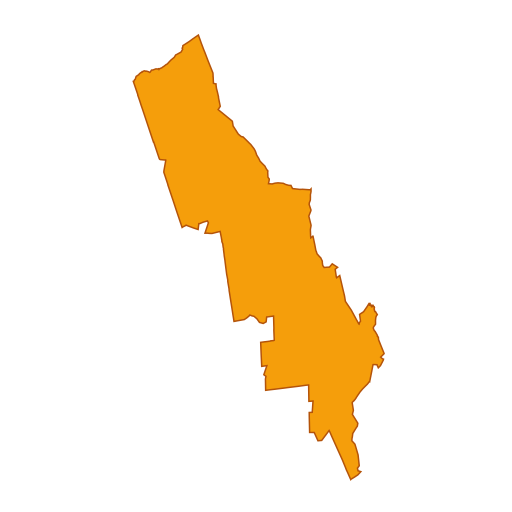 outline of Leimaņu pag., Jekabpils, Latvia, rotated 274°
{"feature_id": "27541924B9576970308212", "entity_name": "Leimaņu pag.", "entity_type": "district", "adm_level": 2, "iso_a3": "LVA", "parent_name": "Latvia", "parent_adm1": "Jekabpils", "projection": "natural_earth1", "projection_center": [25.895, 56.3], "detail": "fine", "context": "isolated", "style": "filled", "palette": "amber", "viewbox_px": 512, "rotation_deg": 274, "n_neighbors": 0, "source": "geoboundaries", "source_scale": "gbopen_adm2", "svg_char_len": 5727}
<svg xmlns="http://www.w3.org/2000/svg" viewBox="0 0 512 512"><g transform="rotate(274 256 256)"><path d="M472.4,183.1L468.2,177.8L467.5,177.0L465.2,174.3L460.8,168.4L460.7,168.4L459.1,168.3L458.5,168.2L458.4,168.0L458.2,167.8L457.1,168.4L454.2,167.0L450.9,161.8L448.5,160.6L445.9,157.8L443.8,156.0L441.5,154.2L440.8,153.3L440.8,153.1L438.8,150.9L438.0,149.8L437.0,148.7L436.6,147.6L436.1,146.9L435.9,146.4L435.5,146.2L436.1,145.9L436.0,145.4L435.7,145.0L435.6,144.6L435.7,143.7L435.7,143.1L434.3,140.0L434.2,138.8L432.2,137.7L431.7,137.2L432.3,136.0L432.8,133.9L432.6,132.9L432.9,132.4L432.9,131.5L432.1,130.2L432.0,129.5L431.3,129.4L430.9,128.3L429.6,126.9L428.8,126.5L426.8,123.9L423.9,123.2L423.2,122.5L422.0,122.1L421.7,121.4L409.3,126.6L408.8,126.8L408.3,126.8L402.4,129.3L398.6,130.8L393.9,132.8L362.6,145.7L362.7,145.9L362.3,146.0L361.6,146.4L346.6,152.6L346.1,152.9L345.8,153.1L345.6,153.5L345.5,153.8L345.4,158.0L345.4,158.6L345.5,159.2L345.0,159.3L334.6,158.2L334.2,158.2L333.4,158.2L332.8,158.3L331.9,158.7L321.4,163.0L321.2,163.1L320.8,163.1L305.2,169.6L295.6,173.5L279.3,180.3L280.1,181.3L281.6,183.9L281.9,184.1L281.6,185.0L281.2,186.3L279.5,192.1L278.4,196.4L284.3,196.7L284.4,197.7L286.0,200.8L287.6,205.1L285.8,206.2L275.2,203.5L275.4,205.9L275.3,207.7L275.4,210.5L278.0,218.5L271.4,220.3L270.6,220.4L270.3,220.6L269.2,220.8L268.8,220.9L268.4,220.9L267.9,221.0L267.0,221.4L265.8,222.0L262.6,222.6L261.5,223.0L260.3,223.1L257.2,223.7L255.2,224.1L253.9,224.3L252.2,224.7L249.1,225.4L248.4,225.5L242.8,226.6L235.8,228.0L230.1,229.5L228.8,229.6L227.0,230.0L221.3,231.4L219.7,231.6L207.9,234.3L202.4,235.6L195.3,237.2L191.9,238.0L189.2,238.6L189.9,241.3L190.3,242.9L191.8,248.8L193.6,251.1L195.6,253.2L196.7,254.0L196.0,256.1L195.7,258.2L193.4,261.3L190.0,264.1L189.2,267.9L191.0,270.7L195.9,270.9L197.3,277.7L185.3,278.9L183.0,279.0L173.2,280.1L173.1,279.9L172.9,279.6L172.4,276.8L172.4,276.6L172.3,276.4L172.1,276.1L171.5,273.3L170.9,270.1L170.2,266.7L158.3,268.0L146.3,269.4L147.4,274.5L138.1,272.1L136.7,274.3L133.9,274.0L122.7,275.0L123.4,278.5L124.3,283.4L126.5,294.6L126.9,296.5L128.1,302.7L129.0,307.4L130.6,315.0L131.0,317.5L114.7,318.9L115.3,323.0L108.6,323.0L106.1,323.0L104.0,323.0L103.6,320.0L98.8,320.4L83.7,321.8L84.0,326.4L76.0,330.7L76.6,334.4L76.9,334.6L87.0,341.1L85.5,342.0L81.3,344.2L74.2,348.0L68.6,351.0L58.4,356.5L52.5,359.4L52.1,359.6L51.3,360.0L48.9,361.1L46.6,362.4L39.6,366.1L39.9,366.3L42.4,369.8L44.8,372.9L48.2,375.6L48.9,372.7L49.2,372.7L51.3,372.0L51.5,372.0L53.9,373.6L54.1,373.6L64.7,371.7L71.5,369.2L75.2,367.8L75.3,367.7L78.3,364.6L78.5,364.5L80.6,364.5L81.7,364.6L81.9,364.7L85.4,364.9L85.6,364.8L87.0,365.6L87.3,365.7L91.5,367.9L93.4,369.0L93.5,369.0L95.3,369.1L95.5,369.2L95.7,369.3L96.5,369.1L100.1,366.5L104.7,363.2L105.3,363.3L108.7,363.9L108.9,363.9L116.3,362.2L116.6,362.2L116.8,362.3L118.2,363.5L118.9,364.0L119.0,364.1L118.9,364.2L120.9,365.5L122.0,366.0L127.5,369.2L130.8,371.6L133.5,373.9L136.0,376.1L139.0,378.1L138.9,378.2L149.1,379.5L155.8,380.3L155.9,380.5L156.0,384.3L155.6,384.4L153.0,385.8L155.3,387.8L160.9,390.2L162.0,390.4L162.1,390.1L162.2,389.6L162.6,389.0L162.9,388.5L163.8,387.4L167.5,390.6L167.8,390.5L168.1,390.4L172.4,388.3L175.9,386.6L178.8,385.2L181.1,384.1L183.6,383.7L184.3,382.7L185.0,382.7L185.3,382.6L188.9,380.2L190.1,379.0L192.0,378.1L192.5,378.0L193.6,378.3L196.3,380.0L200.1,379.7L203.0,379.8L204.5,380.2L206.0,381.1L208.0,379.6L208.6,379.3L208.7,379.2L208.9,379.0L208.8,378.7L208.9,378.4L209.5,378.2L209.8,378.0L210.5,377.9L211.0,377.7L211.3,377.5L211.6,377.5L212.6,377.8L213.7,377.4L213.8,377.2L213.8,376.9L213.8,376.6L214.0,376.5L214.9,376.3L215.1,376.1L215.0,375.8L214.7,375.7L214.2,375.8L213.9,375.7L213.7,375.5L213.4,375.2L213.5,375.1L213.5,374.8L213.9,374.5L214.9,374.3L215.1,374.3L215.2,374.2L215.2,373.9L214.9,373.2L214.8,372.8L214.8,372.6L215.0,372.5L215.4,372.5L215.6,372.6L215.5,372.8L216.0,373.0L216.3,373.1L216.6,373.1L216.6,372.3L216.6,372.1L213.3,370.4L207.9,367.2L205.0,363.4L200.7,364.3L198.2,364.8L196.9,363.9L196.6,363.8L195.5,363.7L195.2,363.6L195.4,363.3L196.6,362.5L198.7,361.2L198.9,361.0L201.6,359.3L207.9,355.3L208.8,354.7L216.5,348.7L217.1,348.3L222.3,347.1L228.0,345.3L242.3,340.9L242.2,340.8L240.9,339.1L239.9,338.0L240.6,337.6L247.5,336.1L248.3,335.9L250.4,338.2L253.5,332.6L250.0,330.0L249.8,327.9L249.3,324.8L249.6,324.6L251.2,323.2L251.3,323.2L254.2,322.6L255.5,322.5L259.0,320.5L259.4,319.8L262.4,316.8L262.5,316.7L264.9,315.8L265.4,315.4L271.2,313.9L279.7,311.5L279.8,311.4L277.9,309.4L279.6,309.1L286.0,308.4L287.3,308.5L290.1,308.8L290.8,308.7L299.5,305.9L305.0,307.6L305.3,307.6L305.8,307.6L311.2,305.4L312.8,305.5L313.2,305.6L315.1,306.2L315.9,306.3L318.3,306.2L321.1,306.0L322.4,306.2L324.0,306.4L325.5,306.3L326.8,306.2L325.8,305.4L325.8,297.9L325.5,295.1L325.8,288.1L325.9,287.7L328.9,285.9L328.8,285.3L328.8,283.6L329.5,280.4L330.4,278.2L330.5,274.4L330.5,272.8L330.0,270.0L329.3,267.8L329.0,267.3L329.0,263.4L332.9,263.9L333.7,263.8L333.8,263.8L335.3,262.5L335.5,262.4L340.7,261.8L341.0,261.9L341.4,261.9L341.8,261.8L342.1,261.7L342.2,261.4L342.3,261.3L342.4,261.2L344.1,259.9L346.3,258.6L348.7,255.8L350.9,253.4L353.6,251.9L356.4,249.9L356.6,249.7L358.6,248.9L360.4,248.1L362.4,246.9L362.8,246.6L366.9,243.0L368.1,241.5L369.1,240.4L371.6,237.5L373.9,234.8L374.1,233.0L376.1,230.2L376.3,229.9L384.1,224.1L385.4,223.8L388.8,223.0L397.8,210.3L399.4,208.0L402.8,209.9L411.1,207.6L412.1,207.5L416.1,206.3L420.1,205.0L420.1,204.9L420.4,204.9L424.2,204.1L424.8,204.2L425.3,201.5L431.5,200.8L431.8,200.6L432.1,200.7L434.7,200.4L435.3,200.3L435.7,200.2L447.9,194.3L455.5,190.8L457.9,189.6L462.9,187.3L465.5,186.1L466.3,185.8L472.4,183.1Z" fill="#f59e0b" stroke="#b45309" stroke-width="1.5"/></g></svg>